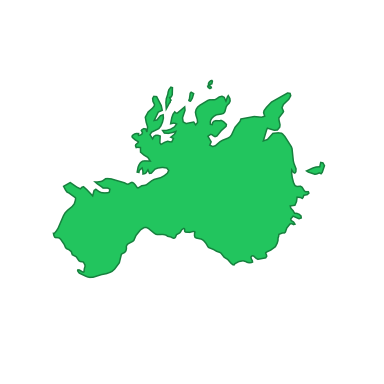 outline of Hwanghae-namdo, rotated 140°
{"feature_id": "PRK-3304", "entity_name": "Hwanghae-namdo", "entity_type": "Province", "adm_level": 1, "iso_a3": "PRK", "parent_name": "North Korea", "parent_adm1": "", "projection": "robinson", "projection_center": [125.529, 38.191], "detail": "fine", "context": "isolated", "style": "filled", "palette": "green", "viewbox_px": 384, "rotation_deg": 140, "n_neighbors": 0, "source": "natural_earth", "source_scale": "10m", "svg_char_len": 6102}
<svg xmlns="http://www.w3.org/2000/svg" viewBox="0 0 384 384"><g transform="rotate(140 192 192)"><path d="M324.7,249.4L324.1,248.8L321.1,249.3L317.9,250.3L305.6,256.5L302.5,257.6L299.0,258.0L293.2,257.9L289.8,258.6L286.7,260.6L285.2,262.0L285.0,262.6L286.9,270.3L287.8,272.3L287.6,274.9L286.7,278.9L279.2,277.5L277.1,269.8L275.5,266.2L273.2,266.4L271.7,265.8L271.1,261.6L270.6,252.9L266.0,256.1L263.9,255.9L263.0,252.2L262.0,250.0L259.7,247.6L257.1,245.6L255.5,245.0L253.1,246.9L254.1,249.3L257.6,252.2L257.9,254.1L259.3,259.2L259.7,261.9L258.4,260.7L255.0,258.6L253.4,258.0L249.6,257.7L248.1,256.6L245.5,254.0L237.7,242.3L237.0,240.4L236.0,239.0L232.3,238.3L231.4,237.5L231.0,236.1L230.9,234.0L231.2,230.4L230.5,229.7L226.5,229.1L223.7,227.4L222.2,226.8L215.7,226.5L213.0,226.0L206.7,223.1L202.8,222.3L198.8,222.2L196.0,223.5L195.9,226.6L198.8,229.8L202.7,232.3L205.7,233.3L211.1,232.6L212.6,233.6L211.5,237.3L214.8,236.2L216.3,236.4L218.0,237.3L216.1,239.7L214.8,242.5L217.7,242.5L218.9,242.1L220.1,241.1L221.2,242.5L217.3,245.7L215.2,246.8L212.6,247.6L210.1,247.4L208.2,246.2L204.1,242.5L203.6,246.9L205.1,251.3L205.8,255.6L202.9,259.2L205.2,261.4L206.2,261.9L205.6,263.7L204.6,264.4L201.4,264.5L200.8,265.1L202.0,268.4L202.5,271.2L202.5,272.8L201.4,273.6L199.7,273.5L198.2,273.2L196.8,272.4L195.4,271.1L196.1,270.7L196.6,269.7L194.7,268.7L193.0,268.6L191.7,269.5L191.3,271.7L190.2,271.9L188.2,271.5L186.9,270.0L188.0,267.0L184.2,270.3L182.2,275.0L179.7,279.3L174.1,281.5L168.6,281.6L165.7,282.1L164.4,283.3L163.7,286.4L162.0,289.0L159.8,289.8L157.8,287.8L160.0,278.0L162.3,273.7L166.5,274.9L175.0,271.1L172.6,269.7L167.2,270.7L164.5,269.7L166.4,267.0L169.7,264.5L173.5,262.6L176.7,261.9L184.5,263.8L187.4,262.9L188.0,258.0L185.4,259.1L183.2,258.7L181.6,257.3L180.4,255.3L185.0,250.4L185.2,248.4L181.0,247.6L178.0,246.5L176.6,244.5L175.2,243.4L171.8,245.0L173.0,247.6L169.0,247.5L167.2,247.9L165.4,248.8L168.5,250.0L172.4,252.1L175.3,254.9L175.0,258.0L172.1,255.6L168.0,253.8L163.6,253.1L160.1,254.0L160.8,255.4L161.8,256.6L164.5,258.0L159.6,262.0L156.5,263.8L153.7,264.5L153.6,263.3L153.2,262.4L152.5,261.9L142.9,261.9L144.8,259.1L151.6,254.9L153.7,251.4L152.5,248.2L145.7,244.5L146.1,241.1L143.0,241.7L141.2,244.4L139.8,247.9L138.1,250.9L135.7,252.6L133.1,253.4L130.2,253.4L121.1,252.0L119.4,251.4L115.2,248.0L113.5,247.6L110.1,247.3L107.5,246.1L106.5,243.8L107.6,239.8L103.7,242.1L102.3,242.5L102.9,239.3L104.3,237.2L106.3,236.2L109.3,235.9L111.2,235.2L115.2,232.4L117.3,232.0L119.5,232.9L123.6,235.4L126.4,235.9L128.9,235.8L131.1,235.2L132.9,234.0L134.4,232.0L133.2,230.6L131.5,231.9L129.8,232.1L128.0,231.4L124.8,228.6L124.0,228.4L123.5,227.9L122.6,225.4L122.2,221.7L123.7,220.4L130.1,220.2L137.0,218.9L138.8,219.6L139.5,221.3L139.8,223.0L140.7,224.2L144.0,224.5L145.1,218.1L148.3,216.5L146.9,213.5L144.3,212.4L138.1,212.5L135.3,212.0L129.9,210.2L127.5,209.8L125.0,210.3L117.4,213.9L109.8,215.2L107.6,216.5L95.8,209.8L90.7,204.6L87.6,203.3L86.2,206.7L84.5,208.0L80.5,209.0L73.3,209.8L55.1,206.4L53.5,204.5L54.5,202.3L58.3,200.8L65.7,200.3L68.9,198.7L70.1,194.9L71.2,194.4L77.7,193.0L78.9,191.6L81.4,186.9L83.1,185.3L86.7,184.6L89.2,186.3L93.2,192.4L94.8,191.7L104.5,185.3L100.5,183.7L92.3,184.9L87.9,181.9L85.6,179.4L85.3,178.0L85.2,174.8L86.8,162.8L87.5,160.9L94.4,150.7L95.5,148.5L97.4,142.9L99.3,140.9L100.4,140.4L101.3,140.6L101.7,142.0L101.4,144.8L103.4,142.7L106.0,138.5L108.2,133.9L109.0,130.6L108.0,128.7L105.2,126.7L104.6,124.8L105.2,120.9L105.0,119.4L102.7,117.5L103.2,116.0L105.4,115.9L108.5,117.6L110.3,116.5L111.6,116.2L112.4,118.0L114.8,120.5L118.1,117.5L121.7,115.7L125.7,118.2L126.7,116.2L126.6,112.6L127.1,109.8L125.4,108.2L124.2,105.9L123.9,103.6L125.0,101.9L127.2,102.7L130.1,108.5L133.7,107.9L134.3,106.4L133.5,103.7L133.8,101.2L135.2,101.8L135.9,103.6L137.5,104.5L142.5,103.5L146.2,101.3L147.4,101.2L149.1,102.5L152.7,103.7L154.3,102.2L155.6,101.5L157.3,99.6L159.7,98.0L163.3,96.5L169.1,96.9L172.7,97.9L174.6,98.1L175.0,97.5L175.3,96.2L176.0,94.8L177.9,94.2L184.8,98.1L185.5,99.9L186.0,103.5L186.9,104.5L188.8,104.2L189.6,102.4L190.0,100.4L190.7,99.4L192.3,100.0L193.8,101.2L195.0,102.7L195.4,103.9L197.1,106.5L200.9,108.6L205.2,109.5L206.6,109.1L207.4,109.9L207.9,112.2L208.0,117.4L209.3,121.4L209.1,126.4L209.4,127.6L211.3,130.8L212.4,134.0L214.9,138.7L215.0,139.6L214.3,143.7L214.3,146.7L214.6,148.5L215.2,150.0L218.3,154.0L218.8,155.3L218.1,157.0L216.7,158.6L215.5,159.4L215.5,160.0L216.6,161.1L219.7,162.6L222.6,165.3L222.9,166.2L222.7,166.9L221.7,168.0L221.4,168.7L221.7,169.4L224.0,169.7L226.6,168.8L227.8,168.6L231.3,169.3L233.8,168.0L234.7,167.9L235.7,168.3L236.4,169.4L237.2,171.3L239.1,173.7L239.6,175.6L240.4,176.8L241.6,178.2L245.9,181.7L246.8,182.8L247.4,184.6L248.8,192.1L249.6,193.9L250.5,194.8L251.8,195.6L255.8,196.1L262.9,194.7L267.7,192.3L269.2,192.3L274.2,193.4L275.9,193.2L277.2,192.6L278.7,190.7L280.5,189.4L282.5,189.0L285.4,189.7L286.4,189.5L293.2,184.5L300.8,182.7L304.3,182.6L306.3,183.1L309.9,184.4L314.4,186.9L322.4,190.2L325.2,192.3L326.6,194.1L327.6,196.0L330.5,202.3L330.4,204.2L330.2,205.2L329.5,205.7L328.4,204.7L327.2,201.1L326.8,200.5L326.1,200.3L323.7,202.5L321.7,203.8L320.9,205.0L320.4,207.2L320.4,208.5L322.3,210.6L322.8,212.0L322.3,216.8L324.0,220.9L322.8,224.0L323.4,227.0L324.5,229.2L324.6,230.7L323.6,234.0L323.0,240.0L323.2,241.9L324.0,243.1L325.9,244.9L326.2,245.8L325.6,247.8L324.7,249.4ZM86.5,126.6L90.1,132.5L90.7,134.5L84.0,132.7L80.9,131.4L77.9,129.2L74.4,131.9L73.0,130.2L73.6,127.0L79.5,123.4L81.4,123.0L82.2,124.8L84.8,125.6L86.5,126.6ZM152.3,274.6L158.3,272.2L154.4,277.4L151.7,280.0L147.6,282.5L146.2,283.8L144.0,285.2L140.8,285.9L139.9,284.5L144.6,279.2L146.8,278.2L148.4,278.8L149.1,275.8L150.0,275.8L151.2,274.7L152.3,274.6ZM128.5,269.0L127.5,266.3L131.4,263.7L134.2,262.7L134.9,262.6L135.4,263.3L135.6,264.1L135.2,264.5L134.4,264.7L129.9,268.8L128.5,269.0ZM110.2,259.4L111.8,259.7L112.4,261.6L112.0,263.0L111.1,262.9L109.4,264.7L107.9,265.2L106.2,265.2L105.1,264.7L105.1,263.8L107.3,262.1L109.4,262.9L109.9,262.7L110.1,261.5L109.8,260.6L110.2,259.4Z" fill="#22c55e" stroke="#15803d" stroke-width="1.5"/></g></svg>